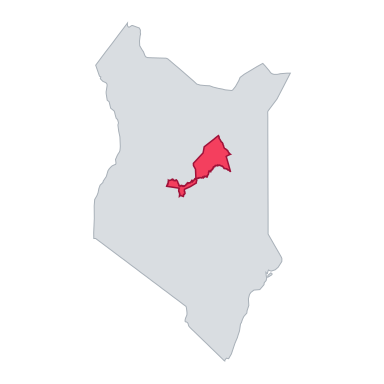 Isiolo North, Eastern, Kenya (highlighted)
{"feature_id": "3690345B29935700450408", "entity_name": "Isiolo North", "entity_type": "district", "adm_level": 2, "iso_a3": "KEN", "parent_name": "Kenya", "parent_adm1": "Eastern", "projection": "equal_earth", "projection_center": [38.187, 1.182], "detail": "fine", "context": "in_parent", "style": "filled", "palette": "rose", "viewbox_px": 384, "rotation_deg": 0, "n_neighbors": 0, "source": "geoboundaries", "source_scale": "gbopen_adm2", "svg_char_len": 8086}
<svg xmlns="http://www.w3.org/2000/svg" viewBox="0 0 384 384"><path d="M93.8,238.5L93.7,232.9L94.3,218.5L94.2,205.8L94.7,199.5L97.0,195.5L98.1,192.6L98.9,188.5L100.1,185.2L102.9,182.5L103.3,181.0L106.3,176.5L108.0,170.7L109.3,168.7L111.0,166.9L112.1,165.9L114.1,164.9L115.6,164.4L115.8,163.9L116.0,163.0L115.5,159.4L116.1,158.2L117.1,155.8L118.3,153.6L119.3,152.2L119.9,150.7L120.2,148.2L120.3,146.4L120.2,143.4L119.9,136.8L118.7,131.2L117.9,125.0L118.5,122.9L117.5,119.3L117.0,119.1L116.2,118.3L115.2,114.8L114.5,111.7L114.0,110.9L110.7,108.2L109.1,101.7L107.2,100.2L106.2,93.8L106.1,92.0L107.1,85.6L107.0,84.1L105.9,82.7L102.8,81.3L100.3,78.7L100.6,77.8L100.8,76.8L99.5,76.2L95.7,65.2L100.6,58.6L105.6,51.9L112.1,43.5L117.9,35.7L123.0,29.0L127.5,23.0L127.4,24.2L127.5,25.7L128.0,26.6L128.9,27.3L130.2,26.6L131.4,25.7L132.5,25.5L139.3,28.0L140.4,30.1L140.3,32.5L140.6,34.1L140.1,35.9L139.5,41.0L139.7,45.7L141.7,49.2L143.5,51.9L145.0,55.8L146.0,57.0L147.5,57.6L152.2,57.8L159.1,58.0L165.8,58.2L166.4,58.3L167.8,58.9L173.9,64.1L179.5,68.8L184.3,73.0L188.9,77.0L193.4,80.9L196.8,84.1L200.3,85.1L205.8,85.6L209.7,85.8L213.2,87.1L218.5,88.4L222.5,89.1L224.9,89.8L231.5,90.5L232.6,90.1L235.5,86.5L238.8,80.6L240.1,77.4L244.3,74.2L251.7,69.8L257.0,66.6L262.8,63.4L265.4,66.2L269.1,70.6L270.7,72.8L272.0,73.7L274.0,74.4L276.4,74.4L277.7,74.3L280.4,73.7L286.7,73.2L290.3,73.2L287.3,79.1L283.7,86.1L277.0,99.0L271.9,105.8L268.1,110.9L267.7,111.8L267.8,117.5L267.8,131.5L267.9,159.5L268.0,187.5L268.1,215.5L268.1,229.4L268.1,234.1L271.5,240.0L274.8,245.8L279.2,253.4L281.5,257.5L281.9,258.8L281.8,261.5L278.2,267.2L275.2,269.8L271.3,271.1L270.1,270.8L268.5,270.0L267.9,271.4L267.4,273.5L266.6,273.1L265.9,272.4L266.3,276.2L266.7,278.1L266.1,280.6L264.2,282.8L264.0,284.7L259.8,289.6L253.9,290.1L250.8,292.5L249.5,294.5L248.4,298.8L248.8,305.5L247.1,310.6L246.8,313.1L243.8,316.5L242.4,319.5L241.4,322.6L240.5,324.0L239.5,330.9L238.1,335.1L237.7,336.5L237.3,337.8L236.2,340.3L235.5,342.0L235.0,343.1L231.4,353.9L228.6,358.7L226.4,358.2L224.9,360.1L224.8,361.0L224.0,360.5L222.2,358.7L218.4,355.0L214.6,351.3L210.8,347.7L207.1,344.0L203.3,340.4L199.5,336.7L195.7,333.0L191.9,329.4L189.7,327.2L188.7,325.9L188.0,323.4L187.6,322.8L186.6,322.0L185.4,321.8L185.1,321.3L185.1,320.1L185.5,318.3L186.9,315.0L187.0,313.0L186.8,310.8L186.3,307.2L185.9,306.3L183.4,304.5L178.2,300.5L172.9,296.6L167.7,292.6L162.4,288.7L157.2,284.7L151.9,280.8L146.7,276.8L141.4,272.9L136.2,268.9L130.9,265.0L125.7,261.0L120.4,257.1L115.1,253.1L109.9,249.2L104.6,245.2L99.4,241.3L97.4,239.8L95.6,238.5L93.8,238.5ZM268.5,276.9L267.6,277.2L268.0,275.3L270.7,272.9L271.8,273.4L272.1,274.0L272.0,274.5L271.5,275.0L268.5,276.9Z" fill="#d9dde1" stroke="#a8b0b8" stroke-width="1"/><path d="M218.4,135.6L215.3,138.0L214.3,138.9L204.2,146.8L203.1,152.9L193.4,163.3L193.5,165.6L195.5,169.2L195.9,178.5L196.7,179.2L196.8,179.0L196.8,178.8L196.8,178.6L197.1,178.6L197.3,178.2L197.6,178.2L198.0,178.1L198.2,178.3L198.5,178.3L198.7,177.8L198.9,177.7L199.0,177.8L199.1,177.7L199.5,177.9L199.9,177.6L200.3,177.7L200.8,177.6L200.9,177.8L201.1,177.9L201.3,177.7L201.6,177.7L201.8,177.9L202.2,177.8L202.4,177.8L202.7,177.2L202.9,177.5L203.1,177.3L203.5,177.7L203.8,176.9L204.0,176.8L204.1,177.2L204.4,177.0L204.4,176.8L204.4,176.5L204.6,176.6L204.8,176.4L204.9,176.5L205.1,176.4L205.3,176.5L205.5,176.4L205.8,176.6L205.9,176.4L206.4,176.5L206.5,176.5L206.4,176.3L206.7,176.1L206.9,176.2L206.9,176.4L207.0,176.3L207.3,176.6L207.4,176.2L207.5,175.9L207.6,175.7L207.6,175.4L207.8,174.9L208.2,174.7L208.5,174.1L208.5,173.7L208.6,173.4L208.5,173.0L208.7,172.8L208.5,172.6L208.6,172.3L208.7,172.2L208.7,171.8L208.9,171.2L209.1,171.3L209.2,171.1L209.4,171.3L209.6,171.3L209.8,171.3L209.9,171.5L210.0,171.5L210.2,171.4L210.3,171.5L210.4,171.3L210.7,171.4L210.7,171.2L210.8,171.3L210.9,171.0L211.0,171.1L210.9,170.8L211.0,170.8L211.0,170.6L211.2,170.4L211.7,170.1L211.7,169.9L211.8,169.8L211.9,169.6L212.0,169.7L212.3,169.7L212.6,169.4L212.6,169.0L212.7,168.9L212.8,168.8L212.7,168.5L212.8,168.4L213.0,168.5L213.1,168.4L213.0,167.9L213.2,167.6L213.4,167.6L213.4,167.4L213.6,167.4L213.6,167.2L213.8,167.3L213.9,167.0L214.2,166.8L214.2,166.7L214.4,166.7L214.6,166.6L214.7,166.4L214.8,166.4L214.9,166.1L215.0,166.1L215.1,165.9L215.2,166.1L215.4,165.8L215.7,165.7L215.8,165.7L215.9,165.4L215.9,165.6L216.5,165.4L216.9,165.7L217.1,165.8L217.3,165.7L217.5,165.3L217.7,165.6L217.8,165.5L218.3,165.6L218.5,165.3L218.5,165.2L218.8,165.1L219.0,165.2L219.3,165.1L219.6,165.1L219.8,165.4L220.0,165.3L220.3,165.4L220.4,165.5L220.5,165.5L221.0,165.9L221.4,165.9L221.7,166.1L222.2,166.1L222.3,166.4L222.6,166.4L222.7,166.5L222.9,166.6L223.0,166.9L223.3,167.3L223.7,167.6L223.8,167.7L223.7,167.9L224.0,168.5L224.0,168.4L224.2,168.6L224.4,168.6L224.6,168.6L224.8,168.6L225.3,168.6L225.5,168.7L225.9,168.6L226.2,168.9L226.4,168.8L226.7,169.0L226.8,168.9L227.3,169.3L227.4,169.5L227.5,169.4L227.9,169.9L228.2,170.0L228.4,169.9L228.5,170.0L228.8,170.1L229.0,170.3L229.8,171.1L230.4,171.6L230.6,172.0L226.2,156.4L228.5,155.1L230.4,154.3L230.2,154.2L229.6,153.5L229.3,153.5L229.2,153.3L229.1,153.0L228.9,153.0L228.8,152.7L228.6,152.5L228.0,151.3L227.9,151.2L227.8,150.8L227.7,150.8L227.5,150.5L227.3,150.5L227.1,150.1L226.9,149.9L226.7,149.9L226.4,149.6L226.3,149.4L226.0,149.2L225.8,149.2L225.4,148.8L224.6,148.5L224.4,148.3L223.7,146.7L223.6,145.9L223.3,145.1L222.8,144.2L222.9,143.7L222.5,143.0L222.3,142.6L221.9,142.4L221.7,142.1L221.4,141.8L221.1,141.7L220.8,141.3L220.8,140.8L220.5,140.6L220.1,139.6L219.7,139.1L219.4,138.7L219.2,138.6L219.1,137.9L219.2,137.5L219.0,137.1L219.0,136.5L218.4,135.6ZM183.8,194.3L184.4,194.3L185.0,193.5L184.8,191.9L184.5,191.9L184.4,191.6L184.4,190.0L184.5,189.3L190.4,186.6L196.3,183.0L196.3,182.8L196.3,181.9L196.4,181.5L196.6,181.1L196.7,180.8L196.8,180.5L196.7,180.0L196.7,179.6L196.7,179.2L196.0,179.4L195.9,179.2L195.5,178.9L195.3,178.7L195.1,178.8L195.1,178.5L194.9,178.6L194.9,178.9L194.7,179.1L194.6,179.4L194.4,179.4L194.0,180.1L193.7,180.3L193.6,180.5L193.4,180.5L193.0,181.2L192.7,181.3L192.6,181.5L192.5,181.3L192.3,181.3L192.3,181.0L192.2,181.1L192.0,180.7L191.7,180.5L191.6,180.8L191.6,181.0L191.0,181.5L190.8,182.0L190.9,182.3L190.6,182.7L189.8,182.8L189.6,182.9L189.4,182.7L189.2,182.7L188.8,182.9L188.5,182.8L188.4,182.8L188.2,183.2L188.1,183.3L187.9,183.5L187.7,183.3L187.6,183.0L187.1,183.2L187.0,183.4L186.9,183.9L186.7,184.0L186.7,183.9L186.5,184.2L186.1,184.3L185.9,184.6L185.8,184.8L185.8,185.0L185.7,185.3L185.4,185.4L185.0,185.6L184.8,185.6L184.6,185.7L184.4,185.7L184.4,186.1L184.2,186.1L184.0,186.3L183.8,186.3L183.5,186.0L183.2,186.4L182.8,186.4L182.6,186.3L182.5,186.1L182.2,186.0L182.2,185.8L182.2,185.7L181.8,185.7L181.7,185.5L181.4,185.8L181.1,185.9L180.9,185.9L180.8,186.0L180.6,185.8L180.5,186.0L180.1,186.0L179.7,186.1L179.3,185.7L179.0,185.7L179.0,185.3L178.8,185.3L178.8,184.6L178.5,184.0L178.5,183.8L178.2,183.6L178.1,183.3L178.1,183.1L177.6,181.8L177.5,181.3L177.2,180.9L176.8,180.5L176.4,179.9L176.1,179.9L175.5,180.7L175.2,180.6L175.0,180.4L174.5,180.6L174.4,180.5L174.1,180.6L174.0,180.3L173.8,180.2L173.4,180.0L173.2,179.8L173.1,179.4L172.9,179.3L172.7,179.1L171.8,179.4L171.8,179.8L171.6,179.7L170.3,180.3L169.9,180.3L169.6,180.5L169.4,180.4L169.2,180.6L168.8,180.5L168.4,180.2L168.4,180.5L168.4,180.8L168.2,181.2L168.3,182.8L168.1,183.3L167.9,183.3L167.9,183.7L167.8,183.8L167.8,184.3L167.5,184.3L167.5,184.6L167.4,184.6L167.3,185.0L167.2,184.9L167.1,185.1L166.9,185.4L166.8,185.6L166.8,186.1L166.7,186.3L179.2,188.2L179.1,188.4L178.9,188.6L178.9,188.8L179.0,189.0L178.9,189.2L178.9,189.4L178.9,189.7L178.7,190.0L178.7,190.5L178.7,190.8L178.8,191.5L179.0,191.6L179.2,192.1L179.2,192.5L179.4,192.6L179.4,193.1L179.5,193.2L179.5,193.4L179.7,193.5L179.7,194.4L179.8,194.7L179.7,194.8L179.8,194.9L179.8,195.2L179.7,195.4L179.8,195.5L179.6,195.7L179.6,195.8L179.6,196.1L179.4,196.1L179.4,196.3L179.9,195.8L179.9,195.4L180.7,195.4L181.5,195.8L183.3,196.5L183.6,195.9L183.5,195.7L183.6,195.4L183.6,195.1L183.5,194.9L183.6,194.6L183.8,194.3Z" fill="#f43f5e" stroke="#9f1239" stroke-width="1.5"/></svg>